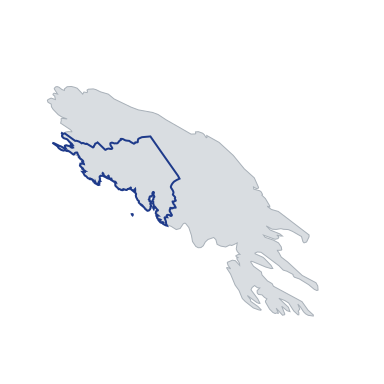 location of Norðurland eystra within Iceland, rotated 219°
{"feature_id": "ISL-702", "entity_name": "Norðurland eystra", "entity_type": "Region", "adm_level": 1, "iso_a3": "ISL", "parent_name": "Iceland", "parent_adm1": "", "projection": "equal_earth", "projection_center": [-17.153, 65.518], "detail": "fine", "context": "in_parent", "style": "outline", "palette": "blue", "viewbox_px": 384, "rotation_deg": 219, "n_neighbors": 0, "source": "natural_earth", "source_scale": "10m", "svg_char_len": 9643}
<svg xmlns="http://www.w3.org/2000/svg" viewBox="0 0 384 384"><g transform="rotate(219 192 192)"><path d="M300.9,147.7L304.5,147.9L310.4,146.7L318.8,143.3L322.3,142.5L330.4,142.5L320.6,145.8L317.0,149.5L314.3,151.2L314.4,152.0L321.4,154.2L324.7,153.5L326.2,153.8L327.5,154.8L328.5,156.9L327.9,159.1L326.0,161.2L323.3,163.1L323.7,163.6L325.9,163.9L337.4,162.8L338.7,165.5L339.8,166.4L339.5,167.3L335.0,170.2L340.3,168.4L344.6,167.9L351.9,168.8L354.9,169.8L356.7,171.7L360.3,171.1L362.0,172.1L362.1,173.2L360.6,176.3L356.3,177.9L359.0,180.1L361.2,180.1L361.6,180.6L361.4,182.0L358.1,183.5L363.6,185.3L364.3,185.9L364.1,187.9L363.2,189.0L361.5,189.7L357.5,189.8L355.1,190.6L356.0,191.8L355.3,195.2L352.3,198.0L349.4,199.4L346.5,200.4L338.5,199.3L338.9,201.7L336.1,203.2L336.6,204.5L337.7,205.1L337.2,206.7L333.6,210.0L331.1,211.1L326.0,212.3L318.6,215.4L311.1,215.3L292.8,219.6L285.5,222.0L272.5,229.1L267.0,230.9L257.6,231.8L229.2,236.4L226.0,239.2L225.9,239.8L227.1,240.9L225.0,242.9L220.7,244.4L218.7,244.3L215.1,243.1L214.7,243.7L216.1,245.2L202.2,247.6L182.9,246.4L166.0,242.9L152.5,242.2L143.1,237.4L142.9,236.6L144.0,235.2L147.4,234.6L145.8,233.1L140.0,235.6L138.2,235.6L135.7,234.5L135.7,233.5L130.9,233.1L122.8,230.1L122.2,229.4L124.2,228.4L123.8,228.2L119.3,228.4L112.7,231.2L74.0,232.3L72.8,230.8L71.5,225.3L72.9,223.0L74.5,223.2L78.9,226.3L89.3,224.6L93.5,223.4L97.6,220.5L99.8,219.5L103.1,215.8L106.4,213.5L113.0,212.4L107.2,211.7L97.3,214.7L94.0,214.7L95.6,213.4L99.0,211.9L96.7,211.8L95.9,211.2L95.9,209.8L97.7,207.5L109.3,203.5L106.6,202.8L98.6,205.8L92.7,206.9L88.1,205.5L85.9,203.6L86.1,202.8L89.0,200.4L88.5,200.0L86.7,199.7L81.7,197.6L73.6,197.8L53.8,196.5L38.6,199.5L35.1,198.1L32.3,195.1L33.0,194.0L35.7,193.3L43.0,193.4L53.9,192.0L58.9,190.2L60.8,190.7L61.6,191.5L68.3,190.2L72.0,188.7L77.9,189.4L100.4,188.6L103.4,186.6L104.6,184.2L104.1,183.7L95.8,185.9L93.9,185.9L84.4,184.7L81.1,183.4L82.3,182.3L87.4,180.1L100.4,176.3L102.3,175.5L102.5,174.6L97.5,173.0L87.8,173.5L85.4,171.6L77.5,170.4L72.1,171.2L69.4,170.0L37.5,176.0L27.5,173.2L20.3,172.8L19.7,171.9L24.1,169.3L27.0,168.8L29.9,169.1L35.4,170.9L39.2,171.5L34.5,168.8L34.5,166.2L33.0,165.5L31.7,163.8L32.3,163.2L38.1,163.6L47.1,166.6L51.7,166.0L57.6,164.1L44.5,163.1L40.6,160.7L43.6,159.5L50.4,159.7L43.1,155.6L42.8,154.9L44.1,153.2L53.5,154.7L48.7,152.3L48.6,151.8L50.0,151.4L50.9,149.9L53.3,149.3L58.0,149.8L65.3,152.6L66.3,153.4L66.5,156.1L69.4,155.7L72.9,156.1L75.9,154.2L77.8,154.6L79.3,156.3L78.9,160.1L81.0,158.8L84.5,158.7L85.2,155.6L84.6,153.1L73.5,150.3L69.1,148.3L69.7,147.6L71.9,146.9L83.8,146.4L78.8,145.2L77.6,144.0L68.6,144.5L64.1,144.0L64.1,143.4L65.9,142.4L71.4,140.5L81.7,140.4L85.9,140.9L93.6,145.1L99.9,146.8L110.4,152.5L117.1,154.7L117.4,155.2L116.3,155.9L113.6,156.6L117.6,157.6L120.0,159.1L120.2,159.8L117.7,164.4L115.1,165.9L108.8,165.0L110.2,166.5L114.7,168.1L115.7,169.0L115.0,169.9L117.1,169.6L117.8,170.1L116.7,172.7L115.5,173.7L119.3,174.2L121.8,175.6L124.8,180.9L126.7,176.8L127.6,175.3L129.2,174.7L131.2,170.5L135.5,168.1L139.5,167.1L143.5,170.0L146.5,170.3L149.7,165.2L150.2,161.5L149.4,157.3L150.1,154.4L152.1,152.6L154.8,152.1L160.4,153.8L165.1,157.9L172.1,162.4L177.0,163.5L177.9,163.4L178.8,161.9L178.3,156.1L180.6,152.9L186.5,152.2L195.5,149.3L197.5,149.2L201.9,150.9L209.7,156.8L215.2,159.5L218.1,163.9L219.4,164.7L220.7,163.3L220.8,161.4L214.1,152.3L214.0,151.1L214.7,150.2L226.9,150.6L229.6,151.6L238.1,156.8L242.2,154.7L250.5,148.6L253.4,148.8L260.4,151.2L263.2,151.0L271.4,148.8L273.2,146.0L269.7,140.3L271.1,139.2L278.7,137.7L287.0,138.0L295.5,143.3L295.9,145.8L300.9,147.7Z" fill="#d9dde1" stroke="#a8b0b8" stroke-width="1"/><path d="M190.2,150.1L191.6,149.5L194.4,149.0L195.4,149.2L195.2,150.3L195.8,150.2L196.9,149.2L196.7,148.7L197.3,148.5L198.1,148.6L199.7,148.9L198.9,150.2L198.8,150.7L199.1,150.7L201.4,149.6L202.3,149.7L203.7,150.6L204.3,150.8L204.6,151.0L204.2,151.6L203.3,152.4L204.2,152.4L205.3,152.0L206.9,152.7L207.5,154.0L207.8,154.5L206.9,156.2L207.0,156.4L209.3,156.7L210.7,157.1L213.0,157.2L213.7,157.6L214.2,158.2L214.9,158.4L215.8,159.9L216.9,160.0L217.1,160.1L217.5,160.8L217.4,161.7L217.5,162.1L218.3,163.0L218.2,164.5L218.3,164.7L221.0,166.1L220.8,166.6L221.0,167.2L221.3,167.7L221.9,167.8L222.3,167.3L222.2,166.7L222.0,166.1L221.7,165.7L220.6,165.2L220.4,164.8L220.8,164.2L220.7,163.4L220.8,163.0L221.7,162.5L221.9,161.9L221.8,161.4L220.9,159.7L220.8,159.0L220.2,159.0L219.2,158.1L218.9,158.2L218.5,158.6L218.1,158.4L217.1,157.9L216.8,157.6L217.1,157.1L217.0,156.7L216.6,156.3L215.7,156.1L214.7,155.0L214.7,154.8L214.9,154.8L214.9,154.5L214.1,153.6L213.7,152.0L213.9,150.4L214.7,149.4L215.1,149.3L217.9,149.4L219.5,149.9L221.4,149.9L221.1,150.1L222.3,150.4L225.4,150.1L226.7,150.3L227.0,150.6L227.3,151.3L227.6,151.5L227.9,151.6L229.2,151.5L229.7,151.7L230.7,152.3L231.8,152.6L233.0,153.5L233.4,153.8L233.9,154.8L234.2,155.3L235.2,155.6L235.8,156.0L236.6,156.7L237.6,158.1L238.1,158.6L238.2,157.9L237.9,157.4L237.2,156.4L238.5,156.3L239.8,156.0L236.9,156.0L236.2,155.7L241.2,155.7L241.5,155.9L242.2,156.9L242.4,156.9L242.6,156.4L242.5,156.2L242.2,156.0L242.2,155.7L242.9,155.3L243.1,155.0L243.0,154.5L243.5,154.3L243.9,153.8L243.9,152.7L244.3,152.2L245.1,151.8L247.1,151.1L247.3,150.7L247.3,150.3L247.2,150.1L246.9,150.0L247.0,149.8L247.7,149.3L248.5,148.9L250.4,148.6L250.8,148.0L251.6,148.3L254.7,148.5L255.6,148.7L257.4,150.8L257.4,151.3L257.0,151.3L257.0,151.5L257.8,151.7L258.1,151.7L258.5,151.5L257.8,151.3L259.0,150.9L262.9,150.4L264.1,150.6L263.1,150.6L262.1,151.0L262.5,151.2L263.1,151.7L263.3,151.6L264.3,150.7L264.7,150.6L265.6,151.0L266.9,152.1L268.0,152.2L267.0,151.7L266.1,151.2L265.9,150.7L265.7,150.1L265.2,149.9L266.6,149.4L268.7,149.1L270.0,148.7L270.7,148.7L268.0,149.4L267.1,149.9L269.8,149.4L270.5,149.4L271.3,149.7L272.5,150.5L273.3,150.6L273.3,150.3L272.2,149.8L271.6,149.4L271.4,149.1L271.5,148.5L271.8,148.1L272.9,147.5L272.8,147.3L273.4,146.6L273.5,146.3L273.4,145.7L272.4,144.7L271.7,144.4L271.5,143.6L270.7,143.3L270.5,143.0L270.7,142.4L270.3,142.4L270.7,141.9L270.3,141.7L270.0,141.3L270.7,141.3L270.7,141.0L270.1,140.7L269.5,139.6L268.6,139.2L268.9,138.7L269.6,138.3L270.2,138.2L270.4,138.4L270.5,138.9L270.9,138.9L271.3,138.1L272.6,137.8L273.1,137.8L273.1,138.1L273.0,138.5L273.1,138.8L273.7,139.1L273.4,138.5L275.1,138.0L276.3,138.6L276.9,138.7L276.2,138.9L276.8,139.1L278.1,138.9L278.1,138.7L279.2,137.9L279.4,138.4L279.8,138.4L280.1,138.2L280.4,137.6L281.3,137.3L282.2,137.3L284.0,137.6L285.8,137.3L288.4,138.4L289.9,138.7L289.5,139.0L288.6,139.3L288.4,139.9L288.8,139.9L288.8,140.1L288.2,140.3L288.9,140.8L288.5,141.1L290.0,141.0L291.3,141.1L291.8,141.0L291.7,141.7L294.6,141.7L295.2,141.8L295.7,142.0L296.0,142.3L296.0,142.9L296.6,143.8L295.3,144.9L294.6,145.3L293.6,145.7L294.1,146.1L294.4,146.0L295.3,146.3L296.3,146.5L296.0,147.5L296.5,147.7L298.8,147.8L299.9,147.5L300.3,147.6L300.8,148.0L301.4,147.8L301.4,148.1L301.6,148.4L302.0,148.6L302.9,148.8L304.8,149.6L305.4,150.1L306.1,150.4L306.8,150.1L306.5,150.1L306.3,149.9L306.9,149.7L307.3,149.3L307.5,148.8L307.6,148.1L307.3,146.9L307.5,146.6L308.4,146.4L312.3,146.4L314.5,146.0L314.8,145.2L317.0,144.6L317.4,144.1L317.6,143.6L318.1,143.2L320.1,142.4L322.8,142.2L323.5,142.3L324.8,142.7L325.5,142.9L331.4,142.4L330.0,143.1L324.5,144.3L322.0,145.1L319.1,145.4L318.2,145.8L317.4,146.4L318.6,146.7L318.7,146.9L319.9,148.0L319.4,148.9L319.2,149.2L316.2,150.5L315.7,150.6L313.8,150.6L312.9,151.0L312.4,151.7L313.8,152.2L315.7,152.2L316.1,152.5L316.3,153.1L315.0,153.6L315.7,153.8L319.2,153.9L321.3,154.3L322.7,154.3L325.2,153.2L326.8,153.1L327.5,153.3L328.2,153.6L328.6,154.1L328.8,154.9L329.0,155.3L329.9,155.5L330.1,155.6L330.2,156.0L328.7,156.2L327.7,157.5L315.0,158.2L314.2,159.0L312.9,159.6L311.1,160.2L308.3,160.4L307.9,161.2L307.6,161.5L305.1,162.3L304.3,162.8L304.2,163.3L297.0,164.3L296.8,164.8L296.8,165.5L297.2,166.2L297.2,167.3L297.6,168.5L297.6,168.8L296.9,169.9L296.6,171.1L286.4,170.2L286.0,170.2L285.7,170.4L285.6,170.6L285.3,171.7L284.5,172.9L283.7,173.6L282.8,173.9L281.8,174.6L281.5,175.0L281.4,175.4L281.4,175.7L281.8,176.1L284.3,176.9L284.9,177.2L285.8,178.0L286.1,178.6L285.9,179.1L285.3,180.0L282.9,180.9L282.0,181.8L281.1,182.4L280.7,182.9L280.5,183.7L280.6,184.0L280.5,184.5L280.6,186.0L280.0,187.9L280.1,188.1L280.7,188.3L280.7,188.5L280.4,188.8L279.2,189.6L276.3,190.2L275.0,190.9L273.0,192.2L270.4,192.4L268.5,192.8L267.7,192.9L267.5,193.0L267.1,194.0L267.3,194.6L267.3,194.9L266.6,195.4L265.7,196.3L265.6,196.6L265.7,196.9L266.6,198.1L267.1,199.3L267.0,199.9L266.1,201.8L265.4,203.1L259.3,209.0L241.3,203.8L213.1,195.8L210.1,194.5L211.5,191.6L212.5,188.7L212.6,186.9L212.5,185.2L211.9,183.0L211.6,182.6L211.1,182.2L208.1,181.2L206.7,180.5L206.2,180.1L205.8,179.5L205.4,178.3L205.2,177.9L202.1,177.4L201.5,177.0L201.3,176.3L201.0,175.9L199.4,175.3L199.2,175.1L199.2,174.8L199.8,174.1L199.9,173.4L201.0,172.6L201.1,172.4L200.8,172.1L198.6,171.0L197.1,170.8L196.2,170.2L195.4,170.0L195.0,169.7L194.9,169.6L195.1,169.3L195.9,168.9L196.1,168.3L196.7,167.9L196.8,167.1L197.2,166.9L198.5,166.4L198.8,166.1L198.8,165.7L198.7,165.5L198.0,165.0L197.9,164.8L198.1,164.3L198.1,164.1L197.4,163.2L196.8,162.8L196.1,162.7L194.6,162.0L193.2,161.5L192.9,161.0L193.0,160.7L193.2,160.2L193.5,160.0L195.5,159.7L196.8,158.7L196.9,158.0L196.7,157.4L195.4,156.8L195.7,156.6L196.3,156.3L196.4,155.6L197.2,155.1L197.2,154.9L196.8,154.5L193.9,152.8L191.8,150.8L190.2,150.1ZM212.0,155.1L212.8,155.8L212.8,156.2L212.3,156.3L211.7,156.1L211.5,155.9L211.0,154.7L212.0,155.1ZM223.8,136.4L224.9,136.9L224.7,137.2L224.1,137.4L223.6,137.0L223.5,136.4L223.8,136.4Z" fill="none" stroke="#1e3a8a" stroke-width="2"/></g></svg>